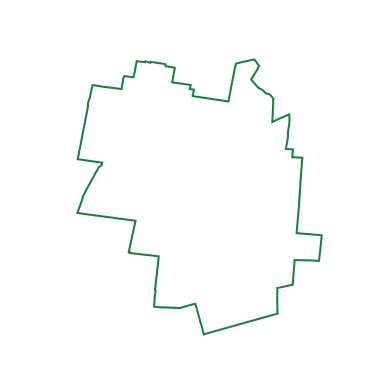 Vlad Tepes, Calarasi, Romania (Equal Earth projection), rotated 163°
{"feature_id": "2599482B30900908751152", "entity_name": "Vlad Tepes", "entity_type": "district", "adm_level": 2, "iso_a3": "ROU", "parent_name": "Romania", "parent_adm1": "Calarasi", "projection": "equal_earth", "projection_center": [27.074, 44.378], "detail": "fine", "context": "isolated", "style": "outline", "palette": "green", "viewbox_px": 384, "rotation_deg": 163, "n_neighbors": 0, "source": "geoboundaries", "source_scale": "gbopen_adm2", "svg_char_len": 3810}
<svg xmlns="http://www.w3.org/2000/svg" viewBox="0 0 384 384"><g transform="rotate(163 192 192)"><path d="M123.6,281.5L125.8,277.1L128.2,272.6L130.6,267.9L137.1,271.0L149.5,276.9L163.1,283.4L163.3,283.5L163.3,283.8L160.2,289.3L163.9,291.1L162.0,294.7L178.9,302.7L177.4,305.6L173.6,312.8L172.2,315.4L172.2,315.6L172.2,315.9L172.3,316.0L180.3,319.9L180.4,320.0L180.5,320.1L180.5,320.3L180.5,320.5L180.1,321.3L180.1,321.6L180.1,321.9L180.4,322.2L182.6,323.3L193.4,328.5L194.2,327.8L198.3,330.6L199.1,329.9L206.7,333.3L209.2,328.4L211.7,323.5L214.1,319.3L214.3,319.0L214.5,318.9L214.9,318.9L216.2,319.5L217.6,320.2L218.9,320.9L219.8,321.3L222.6,322.5L223.0,322.6L223.4,322.5L225.2,319.3L226.5,316.5L227.7,314.4L229.3,311.0L234.3,313.4L236.8,314.5L240.8,316.2L243.7,317.5L247.2,319.1L255.6,323.3L255.8,323.3L255.8,323.2L256.8,321.2L257.2,320.9L257.4,320.8L258.3,319.1L262.1,312.0L262.6,311.4L263.1,310.8L263.7,310.1L265.8,306.6L266.0,306.1L266.1,305.8L265.9,305.1L266.0,305.0L276.4,285.5L285.0,269.3L288.9,262.0L291.7,256.8L282.1,252.3L273.8,248.4L269.3,246.3L269.7,245.4L270.0,244.8L270.8,244.1L271.6,243.7L274.1,242.8L274.5,242.4L280.6,236.5L287.6,229.6L291.1,226.3L296.4,221.0L300.4,215.4L301.9,213.3L303.2,211.5L304.6,209.7L306.3,207.4L307.0,206.4L307.7,205.5L306.7,205.0L300.5,202.1L298.5,201.2L295.4,199.7L293.2,198.7L289.4,197.0L285.3,195.1L281.8,193.6L280.1,192.8L276.2,191.0L274.3,190.1L271.1,188.6L269.2,187.7L266.6,186.6L263.8,185.3L262.5,184.7L254.4,181.0L270.0,153.1L269.1,152.7L269.5,151.9L242.6,140.2L242.8,139.8L243.3,138.7L244.0,137.1L244.4,136.1L245.0,134.6L245.6,133.1L246.5,131.1L247.4,129.2L248.1,127.4L248.8,125.8L249.6,123.9L250.4,122.1L251.4,119.9L252.3,117.8L253.1,115.8L254.0,113.8L254.7,112.1L255.1,111.3L255.7,109.9L256.0,109.1L255.5,108.6L255.8,108.2L256.1,107.4L257.6,104.0L258.3,102.6L258.8,101.2L259.3,99.8L259.7,98.8L260.6,96.7L261.0,95.5L261.4,94.6L261.6,94.0L261.8,93.5L261.8,93.4L259.7,92.5L257.7,91.7L255.6,90.8L251.3,89.5L249.3,88.7L248.1,88.3L245.1,87.2L244.9,87.2L242.2,86.3L241.0,85.8L239.8,85.2L238.8,84.9L237.5,84.7L236.5,84.6L235.5,84.5L234.1,84.6L230.8,84.5L227.3,84.4L223.9,84.3L221.5,84.2L221.6,80.3L221.6,78.1L221.7,75.8L221.7,73.6L221.8,71.0L221.9,67.8L222.0,64.4L222.0,63.4L222.0,60.9L222.1,58.5L222.2,57.3L222.2,56.3L222.2,55.8L222.3,53.9L222.3,52.9L222.4,52.6L222.4,52.4L220.2,52.4L217.4,52.3L215.9,52.3L215.6,52.3L201.7,52.0L188.8,51.7L162.9,51.1L145.6,50.7L144.7,54.5L144.2,56.5L143.6,58.2L142.2,63.7L141.7,64.7L140.0,70.8L139.5,71.5L138.6,75.2L134.0,74.8L130.4,74.5L127.4,74.3L125.2,74.1L124.2,74.0L122.8,73.8L121.5,77.2L117.4,87.6L114.7,94.5L113.8,96.9L112.8,96.6L111.6,96.2L108.7,95.2L106.3,94.4L104.3,93.8L101.0,92.7L97.8,91.6L96.7,91.2L93.0,89.8L91.4,89.3L90.7,89.0L88.1,94.9L82.4,108.4L81.2,111.2L80.7,112.7L82.6,113.5L84.9,114.4L88.1,115.7L90.2,116.6L92.5,117.5L95.0,118.5L96.7,119.2L99.1,120.1L101.8,121.2L104.0,122.1L102.0,127.1L101.1,129.3L99.5,133.2L97.3,138.6L94.7,145.1L94.3,146.1L91.3,154.0L86.6,166.4L83.6,174.4L76.5,192.4L79.3,193.6L82.9,194.8L83.8,195.2L86.0,195.9L83.0,203.2L89.7,205.7L89.4,206.4L89.0,207.0L87.9,209.1L86.6,211.7L85.6,213.6L84.7,215.5L83.9,217.4L83.3,219.3L82.7,221.0L82.1,222.6L81.3,224.2L80.4,226.0L79.8,227.2L79.1,228.7L78.4,230.5L77.7,232.3L77.0,235.3L76.3,237.8L78.4,237.6L89.6,236.3L94.7,235.4L94.3,236.8L91.3,245.0L89.9,248.9L88.4,253.1L88.0,254.4L87.8,255.1L87.7,256.1L86.7,257.3L87.3,258.6L88.2,260.4L88.8,262.2L90.2,263.4L92.0,264.4L92.9,265.3L94.0,267.7L95.4,269.8L97.4,271.5L98.6,273.4L99.8,276.0L101.5,279.8L102.6,282.3L100.4,284.2L97.6,286.7L94.7,289.1L91.0,293.1L91.7,295.0L93.6,300.5L96.6,300.8L100.3,301.1L104.7,301.5L106.3,301.6L107.7,301.7L109.6,301.8L112.2,301.9L112.5,301.9L112.7,301.3L113.8,299.5L115.1,297.4L122.6,283.3L123.4,281.9L123.6,281.5Z" fill="none" stroke="#15803d" stroke-width="2"/></g></svg>